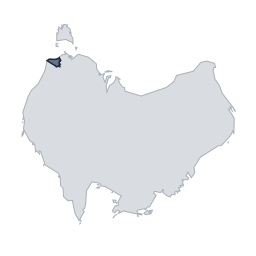 East Gippsland, Victoria, Australia shown in context, rotated 184°
{"feature_id": "25037944B19226887893594", "entity_name": "East Gippsland", "entity_type": "district", "adm_level": 2, "iso_a3": "AUS", "parent_name": "Australia", "parent_adm1": "Victoria", "projection": "orthographic", "projection_center": [148.347, -37.346], "detail": "fine", "context": "in_parent", "style": "filled", "palette": "slate", "viewbox_px": 256, "rotation_deg": 184, "n_neighbors": 0, "source": "geoboundaries", "source_scale": "gbopen_adm2", "svg_char_len": 5318}
<svg xmlns="http://www.w3.org/2000/svg" viewBox="0 0 256 256"><g transform="rotate(184 128 128)"><path d="M174.8,38.8L178.5,52.0L182.7,51.1L187.6,55.0L188.5,63.3L191.4,66.1L192.2,73.9L194.3,78.0L208.1,85.5L213.4,98.2L214.9,98.9L215.2,96.7L218.1,99.0L218.6,97.9L219.7,104.4L221.4,106.4L225.2,108.5L232.2,119.9L231.7,127.3L234.0,136.3L229.7,152.9L227.0,158.9L220.7,165.7L214.9,179.3L213.4,189.7L203.4,192.1L198.6,196.6L195.5,197.1L196.5,199.6L191.6,196.0L192.2,195.1L191.9,194.2L191.0,194.2L189.5,195.9L188.3,194.9L190.2,193.3L189.0,192.2L182.8,198.1L172.5,195.9L164.1,189.8L163.3,184.5L159.2,180.0L160.8,180.0L160.6,178.6L155.3,180.6L156.6,176.8L154.0,171.9L152.6,178.0L148.7,179.1L149.1,177.0L151.0,176.8L152.8,168.3L151.5,162.3L149.4,169.1L145.6,172.0L143.4,176.2L144.0,178.1L142.4,178.0L139.6,176.2L141.2,176.0L139.6,172.4L136.5,168.5L134.4,168.2L133.5,164.5L117.2,160.8L92.5,171.2L85.5,177.5L83.3,183.8L66.8,189.2L59.9,198.6L54.0,200.3L46.2,198.5L44.8,194.3L46.6,194.4L47.1,191.2L44.5,182.5L39.9,177.1L36.5,169.3L24.3,155.4L27.7,156.0L24.6,151.5L26.6,154.1L29.1,154.0L22.7,145.0L22.0,129.3L23.3,132.5L25.2,127.6L33.4,117.3L36.9,116.4L53.8,103.9L59.4,93.3L58.2,87.9L61.4,82.9L65.4,88.1L66.6,84.3L64.2,82.4L64.6,80.7L71.0,80.0L69.0,80.0L70.0,77.2L68.6,75.4L71.9,74.2L70.5,73.0L73.3,72.0L72.1,70.0L74.3,66.8L74.6,68.3L76.6,67.6L76.5,64.7L79.4,65.0L81.0,62.2L84.3,63.1L88.8,66.2L88.4,69.6L90.9,65.9L97.0,66.7L98.0,64.7L95.2,62.8L101.3,50.5L102.8,50.9L105.0,47.7L105.9,48.7L113.2,46.6L112.8,44.0L107.8,43.0L108.5,42.2L126.7,44.9L131.8,42.1L130.6,44.4L132.9,45.3L135.4,42.4L137.9,44.2L135.3,49.5L132.2,50.3L132.6,53.8L130.0,59.8L146.7,68.0L151.2,68.5L152.7,70.9L160.1,71.9L165.0,62.6L164.9,49.7L165.6,44.9L167.4,43.6L165.9,41.5L170.3,32.2L174.8,38.8ZM188.9,209.2L196.3,212.0L205.1,210.0L205.7,218.3L205.1,216.8L204.2,218.6L204.1,224.0L201.0,221.8L199.2,226.9L195.5,226.5L196.2,225.1L192.9,222.8L191.4,218.6L192.9,219.3L189.3,213.6L188.9,209.2ZM99.5,43.9L104.6,42.9L106.2,44.0L103.0,47.3L99.5,43.9ZM147.5,183.2L155.2,182.1L152.1,183.8L147.5,183.2ZM137.0,52.5L138.2,55.1L134.9,55.1L135.3,53.1L137.0,52.5ZM231.8,118.6L231.7,115.2L233.0,112.5L233.4,114.5L231.8,118.6ZM203.0,204.0L205.5,204.7L205.6,205.8L203.0,204.0ZM99.0,44.8L101.0,47.1L97.8,47.6L99.0,44.8ZM186.0,204.9L184.5,204.7L185.2,202.6L186.0,204.9ZM155.1,66.0L153.6,66.9L152.0,67.5L152.7,65.9L155.1,66.0ZM24.1,154.7L22.7,153.5L22.2,152.1L22.3,152.0L24.1,154.7ZM205.0,206.9L206.0,207.7L204.1,207.1L205.0,206.9ZM220.8,104.9L222.0,104.9L221.9,106.4L220.8,104.9ZM192.6,73.8L194.1,74.6L193.8,75.1L192.6,73.8ZM201.0,224.8L201.1,226.2L200.2,225.7L201.0,224.8ZM233.4,128.6L233.4,130.5L233.2,130.4L233.4,128.6ZM112.4,41.4L111.5,40.8L112.0,40.4L112.4,41.4ZM136.4,38.0L135.2,39.5L136.6,37.0L136.4,38.0ZM233.6,126.4L233.0,127.0L233.4,126.4L233.6,126.4ZM139.6,62.7L138.9,63.1L139.2,62.4L139.6,62.7ZM134.4,52.8L133.5,53.0L134.0,52.1L134.4,52.8ZM27.2,119.7L27.2,120.9L26.9,121.0L27.2,119.7ZM168.7,31.6L168.7,32.6L168.3,31.9L168.7,31.6ZM191.0,194.7L191.3,195.3L191.0,195.1L191.0,194.7ZM134.9,39.9L133.2,41.1L134.9,39.7L134.9,39.9ZM72.1,68.6L71.6,69.4L71.8,68.6L72.1,68.6ZM201.5,223.8L201.0,224.1L201.3,223.6L201.5,223.8ZM154.5,69.3L153.6,69.4L154.0,68.8L154.5,69.3ZM69.4,74.4L69.0,74.9L68.9,74.0L69.4,74.4ZM204.9,221.0L204.3,221.3L204.5,220.6L204.9,221.0ZM169.3,29.1L169.2,29.8L168.7,29.5L169.3,29.1ZM190.7,195.6L191.4,196.1L190.3,196.0L190.7,195.6ZM209.7,85.5L209.1,85.5L209.4,84.7L209.7,85.5ZM214.7,96.5L214.3,96.5L214.6,95.9L214.7,96.5ZM189.1,208.2L189.0,208.7L188.8,208.0L189.1,208.2Z" fill="#d9dde1" stroke="#a8b0b8" stroke-width="1"/><path d="M210.6,188.0L207.9,186.6L205.0,185.1L204.9,185.2L204.7,185.1L204.6,184.9L203.8,184.0L201.8,184.8L201.7,184.9L201.7,185.0L201.4,185.1L201.2,185.1L201.0,184.9L200.8,184.9L200.7,184.8L200.6,184.7L200.6,184.8L200.5,185.0L200.4,185.0L200.5,185.2L200.5,185.3L200.8,185.4L200.8,185.5L200.7,185.6L200.5,185.8L200.4,186.4L200.4,186.5L200.5,186.5L200.5,186.4L200.6,186.5L200.8,186.6L201.0,186.6L201.0,186.8L201.0,187.0L200.9,187.0L200.7,187.1L200.7,187.3L200.8,187.3L200.7,187.3L200.8,187.4L200.9,187.5L201.0,187.6L201.2,187.8L201.2,188.0L201.3,188.1L201.3,188.8L201.2,188.8L201.1,189.0L201.1,189.3L201.1,189.5L200.9,189.7L200.9,189.8L200.7,189.8L200.4,189.9L200.3,190.0L200.3,189.9L200.2,190.0L200.3,190.3L200.2,190.8L200.2,191.0L200.3,191.0L200.5,191.0L200.4,191.0L200.5,191.1L200.5,191.5L200.5,191.8L200.6,192.0L200.6,191.9L200.6,192.0L200.9,192.0L201.0,192.1L201.0,192.3L201.2,192.5L201.3,192.5L201.5,192.7L201.4,192.7L201.5,192.7L201.5,192.8L201.4,192.8L201.5,192.8L201.4,192.9L201.4,193.0L201.5,193.0L201.6,192.9L201.6,193.0L201.7,192.9L201.8,192.9L202.0,192.8L202.0,192.7L202.3,192.5L202.4,192.4L202.5,192.3L202.6,192.2L202.7,192.3L202.6,192.5L202.8,192.3L203.1,192.2L203.8,191.9L204.0,191.8L204.3,191.7L204.9,191.5L205.3,191.4L205.8,191.3L206.3,191.3L206.8,191.3L207.0,191.3L207.4,191.3L207.5,191.3L207.9,191.2L208.2,191.2L208.3,191.2L208.5,191.2L209.5,191.1L209.8,191.2L210.1,191.2L210.2,191.3L210.3,191.3L210.2,191.3L210.3,191.2L210.5,191.2L210.9,191.1L211.0,191.2L211.3,191.1L211.4,190.9L211.5,190.9L211.8,190.9L211.9,190.7L212.0,190.6L212.3,190.4L212.4,190.2L212.5,190.0L212.6,189.9L212.9,189.8L213.0,189.8L213.1,189.7L213.3,189.8L213.4,189.7L213.5,189.6L210.6,188.0Z" fill="#64748b" stroke="#1e293b" stroke-width="1.5"/></g></svg>